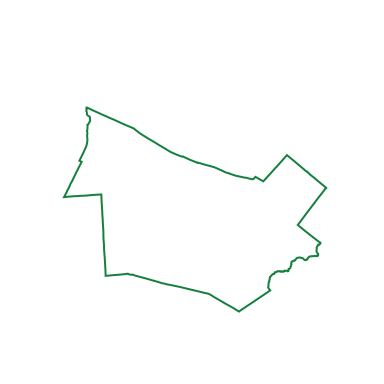 the district of Silistea-Gumesti, Teleorman, Romania, rotated 239°
{"feature_id": "2599482B10806735805591", "entity_name": "Silistea-Gumesti", "entity_type": "district", "adm_level": 2, "iso_a3": "ROU", "parent_name": "Romania", "parent_adm1": "Teleorman", "projection": "orthographic", "projection_center": [25.013, 44.369], "detail": "fine", "context": "isolated", "style": "outline", "palette": "green", "viewbox_px": 384, "rotation_deg": 239, "n_neighbors": 0, "source": "geoboundaries", "source_scale": "gbopen_adm2", "svg_char_len": 5624}
<svg xmlns="http://www.w3.org/2000/svg" viewBox="0 0 384 384"><g transform="rotate(239 192 192)"><path d="M174.7,292.4L170.4,278.6L169.9,277.1L169.8,276.5L169.4,274.9L168.9,273.5L167.6,269.3L167.3,268.3L166.7,266.2L164.4,258.6L167.2,257.0L172.3,254.2L171.6,251.9L171.6,251.7L171.6,251.3L171.6,250.8L171.9,250.3L172.5,249.5L173.8,248.2L174.2,247.8L175.5,246.6L176.2,245.9L177.7,244.0L179.6,242.0L180.5,241.0L183.2,238.1L183.7,237.6L184.2,237.3L184.9,236.6L187.4,234.5L189.6,232.7L190.3,232.0L190.4,231.9L190.9,231.4L191.7,230.8L195.9,228.0L197.1,227.2L197.4,226.9L199.8,225.3L200.3,224.9L201.3,224.2L202.3,223.4L202.5,223.2L203.6,222.1L209.7,216.3L210.5,215.5L213.7,212.7L213.8,212.6L213.9,212.4L213.8,212.0L213.8,211.9L214.2,211.6L214.7,211.4L215.0,211.2L220.7,206.8L225.7,203.4L227.2,202.5L227.2,202.0L227.3,201.8L227.5,201.6L231.1,198.7L234.7,196.1L237.0,194.5L239.3,193.2L243.3,191.2L246.5,189.4L249.9,187.6L253.4,185.8L259.8,182.3L266.4,178.9L266.7,178.8L268.2,178.0L270.5,177.0L270.7,176.9L271.2,176.8L271.7,176.6L273.8,175.7L275.0,175.3L275.6,175.1L276.1,175.0L276.3,174.9L279.0,173.0L285.8,168.0L294.1,162.4L297.2,160.1L301.8,156.9L302.6,156.3L306.2,153.8L307.1,153.2L311.1,150.4L313.6,148.7L317.7,146.0L318.7,145.2L317.8,144.3L317.7,144.3L317.2,144.2L316.8,144.1L316.7,144.1L316.1,143.2L315.9,143.1L314.9,143.0L314.3,142.8L312.6,141.9L311.7,142.0L311.0,142.1L309.8,142.8L309.5,143.0L309.1,143.1L308.8,143.0L308.1,142.7L306.6,142.0L306.1,141.7L305.5,141.4L305.3,141.3L305.0,140.8L304.8,140.4L304.4,139.4L304.2,139.1L304.1,138.8L303.5,138.2L303.4,137.7L303.4,136.9L303.1,136.9L302.1,136.3L301.2,135.7L300.7,135.4L299.3,134.4L299.0,134.1L298.8,134.0L298.7,133.9L298.3,133.4L298.2,133.3L297.6,133.1L296.7,132.8L296.1,132.5L295.9,132.4L295.3,131.8L295.0,131.5L294.1,131.1L293.5,130.7L292.5,130.2L290.7,129.3L289.8,128.7L289.2,128.2L288.2,127.4L286.8,126.1L285.2,124.4L285.0,124.0L283.4,121.7L281.6,119.1L280.9,118.0L276.8,111.6L274.7,113.0L270.6,106.4L267.4,101.4L266.6,100.2L265.9,99.1L263.2,95.0L262.6,94.0L261.6,92.2L261.3,91.7L260.3,90.4L259.3,88.9L258.7,88.1L257.6,86.1L256.8,85.0L256.3,84.3L255.0,82.1L254.4,81.3L254.0,80.5L253.5,79.7L253.3,80.1L253.2,80.4L252.2,82.6L251.3,84.3L250.3,86.4L248.6,89.7L247.6,91.5L246.3,94.2L245.1,96.3L243.2,99.9L240.4,105.7L239.2,108.0L238.8,109.0L238.4,109.5L238.2,109.9L236.6,113.0L230.2,109.5L221.1,104.8L219.0,103.6L214.6,101.4L210.4,99.1L205.3,96.5L204.7,96.1L204.0,95.8L203.3,95.4L198.2,92.4L193.0,89.8L191.2,88.9L188.3,87.2L183.4,84.7L181.9,84.0L170.4,78.0L164.6,74.8L160.5,83.3L158.9,86.4L155.8,93.0L155.4,93.8L155.4,94.2L155.1,94.8L154.7,95.2L154.2,95.4L153.7,95.8L153.4,96.0L152.6,97.0L152.1,97.8L152.0,98.1L152.0,98.3L150.3,99.6L140.2,109.3L136.6,112.6L133.6,115.5L128.7,119.9L128.1,120.7L127.2,121.7L126.9,121.9L125.9,122.8L124.4,124.5L122.9,126.2L120.8,128.5L116.4,133.2L106.7,143.0L105.1,144.7L100.0,149.8L96.1,153.9L95.7,154.2L95.1,154.5L93.7,155.3L90.8,156.7L87.4,158.6L78.6,163.4L76.3,164.8L71.0,167.8L65.3,170.7L65.4,171.1L67.3,208.3L71.0,208.1L71.8,208.9L72.3,209.3L73.3,209.9L74.1,210.4L74.7,211.0L75.0,211.4L75.3,211.6L75.4,211.9L75.6,212.0L75.7,212.3L75.8,212.5L76.4,212.7L76.7,213.0L77.3,213.6L77.4,213.9L78.3,214.4L78.7,214.9L79.0,215.2L79.0,215.7L79.4,216.7L79.4,217.0L79.6,217.2L79.8,217.9L79.9,218.1L79.8,218.4L80.0,218.8L79.9,219.2L79.8,219.3L79.8,219.7L79.6,220.1L79.5,220.3L79.9,220.6L79.9,220.8L79.9,221.0L80.4,221.7L80.5,221.8L80.5,222.0L80.2,222.2L80.2,222.4L80.0,222.6L79.9,223.2L79.9,223.4L80.0,223.6L80.2,224.1L80.2,224.3L79.9,224.5L79.7,224.7L79.5,225.2L79.3,225.6L79.2,225.6L79.1,225.8L79.2,226.0L78.9,226.7L78.8,226.8L78.4,226.7L77.7,227.2L77.7,227.3L77.9,227.6L77.8,228.0L77.6,228.3L77.5,228.5L77.3,228.6L77.2,228.7L77.1,228.9L76.8,229.0L76.7,229.0L76.8,229.4L77.0,229.6L77.0,229.8L76.9,229.9L76.6,230.1L76.8,230.7L76.8,230.9L76.7,230.9L76.4,231.0L76.2,231.1L76.2,231.6L75.9,232.4L75.7,232.7L75.4,233.0L75.3,233.3L75.2,233.4L74.7,233.3L74.6,233.5L74.6,233.8L75.0,234.0L75.3,234.7L76.2,235.1L76.2,235.3L76.2,235.6L76.1,236.7L76.2,237.0L76.8,237.8L77.7,238.7L78.8,240.0L79.1,240.0L79.3,240.0L79.8,240.6L80.0,240.8L80.6,241.0L81.0,241.6L80.9,241.8L81.0,242.3L80.9,242.6L80.7,242.9L80.3,243.7L80.3,243.9L80.6,244.1L80.7,244.4L80.7,244.8L80.6,245.0L80.4,245.2L80.4,245.4L80.7,245.8L80.9,246.3L81.1,246.7L81.3,247.5L81.3,248.3L81.1,248.6L80.9,249.5L80.8,249.9L80.5,250.4L80.2,250.9L79.9,251.0L79.7,251.1L79.3,251.8L78.5,252.4L78.3,252.7L78.0,252.9L77.6,253.0L76.3,253.3L75.9,253.5L75.4,253.8L75.2,254.0L75.2,254.7L75.1,254.9L74.8,255.2L74.8,255.4L74.9,255.9L75.0,256.0L74.9,256.4L75.0,256.5L75.4,256.7L75.6,257.1L75.8,257.7L75.9,258.3L76.2,258.9L76.2,259.2L76.0,259.5L75.8,260.6L75.6,261.1L75.3,261.5L75.2,261.9L74.9,262.2L74.6,262.7L74.4,263.3L74.3,264.0L74.1,264.2L73.8,264.5L73.5,264.6L73.3,264.8L73.1,265.6L72.9,265.8L72.8,266.0L72.9,266.3L73.1,266.6L73.0,266.8L72.9,267.0L72.6,267.1L73.1,267.9L73.3,268.0L73.5,268.1L74.8,268.2L75.8,267.9L76.1,268.0L76.5,268.2L77.1,268.2L77.6,268.5L78.5,269.1L79.0,269.7L80.0,270.0L80.4,270.5L80.6,270.8L81.0,271.6L81.1,272.1L81.5,272.3L81.5,272.5L81.4,273.0L81.8,273.3L81.7,273.4L81.5,273.6L81.3,274.1L81.4,274.4L81.8,275.5L82.1,275.9L82.3,276.0L82.6,275.8L85.0,274.7L94.7,271.0L98.4,269.6L103.0,267.9L109.3,265.7L110.0,267.6L110.6,269.1L114.2,277.8L118.0,287.4L120.6,293.9L120.9,294.4L121.2,295.2L124.3,303.4L126.2,308.1L126.3,308.7L126.3,309.0L126.2,309.1L126.3,309.2L141.2,304.0L142.2,303.7L142.9,303.4L146.3,302.1L147.6,301.8L149.6,301.2L149.8,301.2L150.0,301.3L150.3,301.2L150.4,300.8L150.5,300.7L159.1,297.8L166.8,295.2L171.8,293.4L174.7,292.4Z" fill="none" stroke="#15803d" stroke-width="2"/></g></svg>